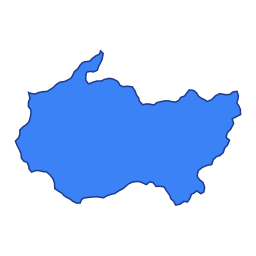 Santana dos Montes, Minas Gerais, Brazil
{"feature_id": "56859067B86300581362417", "entity_name": "Santana dos Montes", "entity_type": "district", "adm_level": 2, "iso_a3": "BRA", "parent_name": "Brazil", "parent_adm1": "Minas Gerais", "projection": "orthographic", "projection_center": [-43.666, -20.788], "detail": "fine", "context": "isolated", "style": "filled", "palette": "blue", "viewbox_px": 256, "rotation_deg": 0, "n_neighbors": 0, "source": "geoboundaries", "source_scale": "gbopen_adm2", "svg_char_len": 2172}
<svg xmlns="http://www.w3.org/2000/svg" viewBox="0 0 256 256"><path d="M175.7,205.1L180.2,204.1L184.0,201.4L187.4,202.0L190.0,198.3L191.4,194.3L194.3,192.8L196.8,190.9L200.8,193.7L203.8,192.0L204.7,187.5L203.1,182.7L199.8,179.9L197.4,177.0L197.4,173.8L198.6,170.3L202.5,167.3L207.1,165.4L211.8,164.5L213.1,160.0L216.2,156.8L220.0,155.5L223.3,152.5L224.6,148.2L227.5,145.0L229.5,140.2L226.1,137.4L227.2,132.9L230.6,129.3L233.6,123.5L232.2,118.7L236.2,116.8L240.6,114.5L240.3,109.2L238.7,105.7L236.8,102.9L238.0,99.0L238.4,95.8L237.0,91.3L232.5,92.1L229.9,94.5L225.6,94.7L219.7,93.6L215.6,95.7L211.7,99.6L207.3,101.5L204.4,99.6L201.5,98.3L198.5,96.2L196.6,92.9L193.7,90.5L189.2,89.9L186.8,92.9L184.6,96.0L180.7,97.4L178.8,100.4L175.5,102.1L171.9,101.7L168.4,100.8L164.5,100.9L160.6,101.7L156.7,102.7L154.0,105.0L149.7,104.1L146.3,103.9L142.7,104.7L139.4,101.2L138.7,98.1L136.5,95.0L135.0,90.9L132.4,86.9L127.5,86.2L123.4,86.7L120.2,85.5L117.8,81.5L113.5,79.1L109.6,78.3L104.5,79.4L101.1,81.0L97.0,81.0L93.8,81.9L88.5,83.9L85.9,80.4L85.8,76.4L86.5,72.2L90.1,71.4L93.4,71.9L97.2,70.3L98.9,65.8L100.6,62.6L102.1,59.3L103.2,53.5L100.6,50.9L99.5,54.2L96.0,55.7L92.4,58.4L89.5,61.3L84.9,61.7L82.1,62.9L79.8,65.6L77.7,68.9L74.3,71.7L72.8,75.2L71.0,78.2L67.9,79.9L64.6,81.5L60.0,82.1L56.7,84.1L53.5,87.3L50.4,89.4L47.0,91.4L42.6,91.7L38.6,92.6L34.9,94.0L31.7,93.6L28.6,92.5L29.9,98.1L28.4,102.5L28.4,106.7L30.7,109.5L31.0,113.0L30.2,117.8L28.6,122.4L26.0,124.8L23.0,126.9L19.8,130.0L19.9,133.8L18.7,137.6L15.4,141.1L17.0,145.1L19.4,149.8L21.0,153.6L21.4,158.1L23.7,161.1L27.1,162.4L28.6,165.9L29.1,169.1L31.6,172.1L35.8,170.5L39.9,170.8L42.8,171.6L46.6,171.9L50.2,175.2L53.1,178.9L54.5,183.2L54.8,188.7L59.1,191.5L61.9,193.2L64.3,195.9L67.1,197.6L70.2,199.2L73.3,201.6L76.6,203.1L80.2,203.0L81.3,199.9L83.6,198.0L87.4,197.6L92.9,196.9L97.7,196.8L103.6,197.8L107.0,195.7L110.4,194.5L114.9,193.4L118.8,190.8L122.9,188.7L125.7,186.4L128.3,184.0L132.2,182.2L136.1,181.5L139.8,181.7L143.3,183.2L146.5,184.6L149.7,181.8L153.3,182.7L156.0,186.4L159.8,186.3L164.0,186.9L166.7,191.1L169.7,195.2L170.9,198.8L173.6,201.2L175.7,205.1Z" fill="#3b82f6" stroke="#1e3a8a" stroke-width="1.5"/></svg>